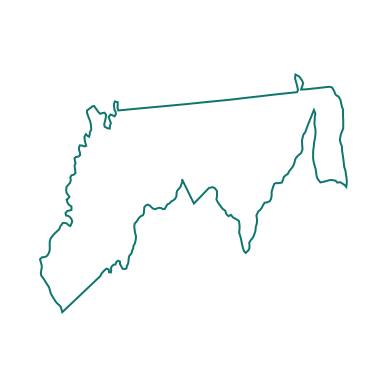 Mocajuba, Pará, Brazil, rotated 174°
{"feature_id": "56859067B75461053821024", "entity_name": "Mocajuba", "entity_type": "district", "adm_level": 2, "iso_a3": "BRA", "parent_name": "Brazil", "parent_adm1": "Pará", "projection": "equal_earth", "projection_center": [-49.463, -2.55], "detail": "fine", "context": "isolated", "style": "outline", "palette": "teal", "viewbox_px": 384, "rotation_deg": 174, "n_neighbors": 0, "source": "geoboundaries", "source_scale": "gbopen_adm2", "svg_char_len": 4242}
<svg xmlns="http://www.w3.org/2000/svg" viewBox="0 0 384 384"><g transform="rotate(174 192 192)"><path d="M244.5,280.7L256.8,280.8L257.3,283.9L256.8,286.2L256.5,289.1L259.2,290.1L260.5,287.6L260.6,284.6L260.5,281.9L259.6,279.7L259.5,277.4L261.1,275.3L263.3,276.7L265.0,277.6L267.0,275.2L266.2,271.9L265.5,268.9L266.8,266.1L267.1,263.7L269.3,264.2L272.1,266.1L272.2,268.7L271.1,271.6L270.0,274.9L269.4,277.7L270.7,280.0L273.3,279.8L275.2,279.4L276.7,281.2L280.4,287.8L282.1,287.6L283.6,286.6L287.8,284.1L288.2,281.7L287.1,277.3L285.9,273.0L285.5,269.4L285.7,264.4L287.2,262.4L287.8,259.9L288.5,257.7L290.1,258.8L291.5,260.6L293.2,258.1L293.3,255.3L293.0,252.5L292.4,249.0L294.1,248.6L296.5,249.7L298.7,250.1L299.7,248.1L300.0,245.9L299.4,243.1L299.4,240.4L301.4,239.0L303.8,239.0L305.3,237.9L305.2,235.4L304.8,232.8L306.0,230.5L306.0,228.2L305.9,225.9L305.9,223.0L307.8,221.6L310.1,221.2L311.5,219.3L311.3,216.3L312.5,213.6L314.2,212.2L316.3,210.1L316.9,207.2L316.9,204.6L316.0,202.7L314.4,200.0L315.8,198.5L317.5,197.5L316.9,194.3L315.8,192.2L313.4,190.3L313.8,186.7L318.1,186.1L320.0,184.3L319.8,181.8L318.0,181.4L316.2,180.0L314.8,177.9L314.2,175.2L315.3,173.0L316.6,170.9L318.2,171.9L320.0,173.9L321.9,174.6L323.7,174.7L326.4,171.8L328.0,168.8L333.8,164.4L337.4,160.7L338.7,157.5L339.1,153.6L339.3,150.8L339.8,148.3L340.9,146.1L342.1,144.5L343.5,143.2L345.9,142.6L347.8,142.8L350.2,141.0L349.6,137.5L349.1,134.5L349.4,132.3L350.8,127.4L350.7,124.7L348.0,120.0L346.8,117.4L344.2,112.3L343.6,109.5L343.2,106.5L342.3,104.0L339.6,98.3L338.5,96.4L337.2,94.7L335.7,93.2L334.5,91.3L334.0,88.5L333.6,86.0L295.7,115.1L291.8,118.1L290.8,120.0L288.5,122.2L286.3,124.0L284.7,124.7L282.9,123.6L282.9,120.9L281.1,120.5L280.5,122.7L280.5,125.1L279.1,126.9L277.4,127.9L275.7,127.9L274.6,130.3L272.7,131.4L270.9,130.3L271.1,128.0L270.2,125.5L269.0,122.9L267.2,122.4L265.2,122.8L264.5,125.2L263.0,127.5L262.2,130.7L261.8,133.1L260.9,135.2L258.7,137.1L257.6,140.0L256.4,142.0L255.9,144.5L254.3,146.6L253.1,149.9L252.3,153.6L252.9,157.8L253.0,160.8L253.0,164.0L252.3,166.6L250.3,168.3L248.5,170.4L247.2,172.0L245.0,173.5L243.2,174.0L242.0,176.4L241.0,182.0L239.2,183.5L237.4,184.1L235.6,183.1L234.1,181.3L232.5,179.6L230.5,178.7L228.3,179.4L226.2,179.7L224.3,179.2L222.5,177.9L220.7,178.1L218.0,182.1L215.7,183.0L213.5,184.8L211.6,185.6L209.5,187.0L207.9,189.4L207.5,192.3L206.8,194.5L202.9,198.3L201.9,200.6L200.6,202.8L200.6,205.7L191.3,180.3L174.6,194.3L170.8,194.6L168.9,193.4L167.1,190.5L167.5,185.7L168.5,182.0L167.3,178.8L164.6,174.1L163.2,172.0L160.9,169.9L160.1,166.3L158.1,164.1L155.7,165.2L153.8,162.3L150.3,160.0L148.4,158.3L148.2,155.4L148.3,152.9L148.7,149.6L149.4,147.0L148.2,140.7L147.7,134.4L147.1,130.5L146.4,127.7L145.0,125.8L142.1,128.0L140.9,129.7L140.4,132.6L140.4,135.5L138.5,138.1L136.4,140.1L135.2,141.8L132.9,146.8L132.3,150.4L130.8,154.0L130.2,157.8L130.4,162.0L128.0,165.9L126.2,166.9L124.1,169.2L122.5,171.8L120.8,173.8L118.4,173.8L115.7,174.7L114.1,176.9L113.0,180.8L112.9,183.6L111.3,187.5L109.4,191.5L107.5,192.1L104.9,191.7L101.6,192.0L100.1,194.8L99.2,197.3L97.1,198.8L94.9,199.9L93.2,202.4L89.1,206.7L87.9,208.5L86.9,210.8L86.2,213.0L85.2,214.8L82.9,217.0L79.4,219.3L77.6,223.0L77.5,227.7L77.2,231.8L76.2,234.9L75.0,237.8L73.5,239.0L71.8,242.3L69.2,247.6L63.4,258.5L62.2,260.8L61.1,257.2L61.8,254.7L62.3,252.3L62.6,250.0L63.1,247.8L63.0,244.6L62.7,242.3L62.8,239.1L63.2,236.6L63.8,233.8L64.4,231.6L65.3,228.8L66.4,223.3L67.1,220.8L67.5,217.7L68.0,212.9L67.9,209.6L67.4,206.1L66.6,201.7L66.4,194.5L65.8,192.2L63.3,188.1L58.1,188.7L54.0,189.4L52.0,189.4L48.0,188.2L46.6,186.2L43.5,186.2L39.7,183.2L38.0,180.9L36.8,186.8L37.2,197.6L38.0,201.0L38.0,206.8L38.1,210.3L38.4,216.7L38.2,222.2L39.0,224.6L39.5,228.5L38.0,233.7L36.6,236.2L34.9,239.6L34.7,242.2L34.1,247.0L33.9,251.5L33.2,258.2L33.8,260.5L34.4,264.6L34.7,267.8L36.3,271.7L38.2,272.8L39.4,274.7L39.9,277.1L41.7,281.3L44.5,282.3L66.1,282.2L68.3,282.2L72.8,282.5L71.9,284.5L71.0,286.4L70.1,288.4L70.7,290.9L71.8,293.1L73.3,295.6L75.2,296.9L76.8,298.0L77.6,294.8L77.3,292.1L76.7,288.8L75.9,282.4L77.2,280.3L98.4,280.3L115.7,280.1L128.7,280.0L143.7,279.8L175.0,280.0L186.9,280.0L214.3,280.3L227.1,280.5L244.5,280.7Z" fill="none" stroke="#0f766e" stroke-width="2"/></g></svg>